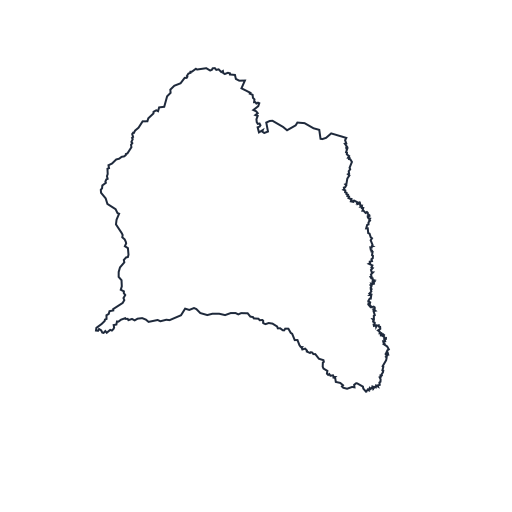 Ariguaní, Magdalena, Colombia, rotated 32°
{"feature_id": "7082276B61521113945652", "entity_name": "Ariguaní", "entity_type": "district", "adm_level": 2, "iso_a3": "COL", "parent_name": "Colombia", "parent_adm1": "Magdalena", "projection": "albers", "projection_center": [-74.033, 9.809], "detail": "fine", "context": "isolated", "style": "outline", "palette": "slate", "viewbox_px": 512, "rotation_deg": 32, "n_neighbors": 0, "source": "geoboundaries", "source_scale": "gbopen_adm2", "svg_char_len": 6106}
<svg xmlns="http://www.w3.org/2000/svg" viewBox="0 0 512 512"><g transform="rotate(32 256 256)"><path d="M270.0,108.0L254.8,112.2L252.8,118.7L250.3,121.7L248.6,122.4L242.8,115.5L237.1,117.2L226.8,117.6L220.4,120.9L220.4,124.2L215.7,132.9L210.6,132.2L198.3,132.6L196.1,134.2L194.0,137.4L200.2,144.1L197.8,147.3L195.3,147.2L195.0,145.7L193.0,149.6L189.2,146.0L190.5,144.3L190.5,142.8L188.8,141.8L187.5,143.0L185.7,142.1L183.9,139.8L183.2,136.3L180.8,136.8L181.8,134.0L179.5,133.2L176.4,133.6L178.5,127.8L177.8,124.7L176.4,124.9L175.5,126.5L174.0,125.9L172.9,126.6L171.7,124.0L169.6,123.5L167.7,121.1L164.8,121.6L164.8,120.6L154.8,121.5L153.6,113.1L148.9,116.2L145.1,116.5L142.2,113.6L137.7,115.9L137.1,114.9L135.1,115.5L133.1,118.2L131.2,118.2L129.9,116.7L129.1,118.4L125.4,117.5L123.7,119.2L121.5,118.5L119.8,119.8L119.9,121.5L118.8,123.0L114.3,123.1L107.2,129.1L105.8,129.1L104.0,133.6L102.8,134.5L103.4,135.3L102.0,137.2L102.0,139.9L102.8,140.3L102.8,141.7L101.1,142.7L100.5,149.5L96.5,154.9L95.2,160.3L97.1,162.9L96.0,167.7L99.1,178.1L95.1,181.3L96.2,185.1L94.2,185.3L92.7,188.0L93.5,189.5L91.7,196.3L92.5,199.3L88.5,201.9L88.4,209.5L87.0,213.7L87.2,216.3L86.5,216.5L86.4,218.2L88.7,220.2L88.3,221.5L89.5,222.2L89.9,225.3L91.3,225.8L91.1,227.9L92.7,229.8L92.6,237.2L91.6,238.5L92.1,239.5L91.4,241.4L89.5,243.1L88.4,246.0L86.3,248.2L84.9,253.9L82.8,257.2L84.8,259.4L83.8,260.7L86.8,265.1L87.3,267.3L89.3,269.2L88.5,270.4L88.8,272.6L89.9,273.5L88.3,277.6L89.6,280.2L89.3,282.1L91.1,284.5L98.0,286.8L102.4,290.6L112.1,290.7L115.8,293.0L117.5,292.7L118.5,299.1L120.5,303.4L130.3,307.9L131.8,308.9L132.7,311.0L135.8,311.5L138.1,313.0L139.2,314.1L139.6,317.2L143.2,317.2L147.2,322.5L147.9,324.8L146.6,326.0L146.0,329.4L147.7,331.2L146.7,337.7L148.0,342.3L150.6,346.5L154.8,347.8L158.3,352.9L159.2,356.3L162.7,356.0L163.5,357.5L165.8,358.4L165.9,361.9L167.7,363.2L167.8,366.5L163.0,376.7L163.8,377.8L161.0,380.4L161.8,383.2L160.6,385.5L162.6,388.6L161.6,390.0L162.1,391.4L161.1,395.5L158.7,401.5L159.8,404.0L161.7,403.1L161.6,401.1L164.1,401.1L166.2,402.4L167.5,402.0L168.0,399.5L170.1,400.2L171.5,395.9L173.3,395.6L173.8,393.5L173.6,391.9L171.9,390.0L173.9,388.1L172.8,385.2L174.1,384.6L175.3,381.5L178.0,378.1L178.6,378.5L180.5,377.3L181.8,378.0L184.2,375.1L187.2,374.9L188.8,371.9L192.4,369.0L196.3,368.3L199.8,368.8L206.5,362.4L209.5,362.0L213.7,357.6L216.7,356.2L223.8,346.0L223.8,338.2L228.0,337.1L231.0,333.0L233.5,332.6L239.0,333.9L246.0,331.9L249.6,328.1L255.3,324.5L261.1,322.5L264.8,317.8L269.0,315.2L271.9,314.9L273.7,312.3L279.3,309.0L283.3,310.4L285.8,309.4L287.2,310.1L291.3,307.9L293.2,308.5L295.3,306.9L296.4,307.1L297.5,309.0L298.8,309.0L300.2,308.7L302.3,306.1L305.8,304.6L311.3,304.6L312.8,305.8L314.8,304.5L318.1,304.8L319.3,304.1L319.3,302.1L322.0,300.5L326.2,302.8L327.9,302.8L333.4,306.8L335.7,305.3L340.1,308.6L342.0,309.4L343.4,308.8L343.3,309.6L344.8,310.7L346.8,308.5L349.3,309.2L349.7,310.1L353.2,309.6L353.5,308.5L354.9,308.1L356.6,308.8L358.3,307.8L363.8,309.8L368.4,308.6L369.6,309.8L369.2,311.0L371.2,314.5L372.9,315.7L377.4,315.6L378.5,318.2L380.2,318.6L380.7,317.3L382.6,318.1L384.5,316.4L385.9,317.4L387.0,316.8L386.6,317.9L387.9,317.6L390.4,320.5L394.7,319.0L398.3,319.5L398.0,321.1L399.8,321.5L403.6,320.3L406.9,316.1L409.1,315.2L407.5,313.2L408.4,310.8L409.4,310.4L415.9,310.1L417.3,311.6L422.0,313.0L421.0,312.0L421.7,310.4L422.7,310.2L422.0,309.6L422.7,309.3L422.4,307.7L423.7,308.1L423.9,306.5L425.3,306.5L424.1,304.9L425.2,304.7L425.8,305.8L426.1,304.1L427.2,303.9L426.5,302.2L428.7,302.1L427.7,301.3L429.2,299.7L427.7,297.9L428.2,296.7L427.0,294.5L425.1,293.3L425.9,292.2L424.9,291.3L425.9,290.5L425.2,289.9L425.3,287.4L424.7,285.8L423.8,286.0L422.7,282.5L421.8,282.4L421.6,275.5L420.7,273.0L419.6,272.7L420.0,271.4L418.6,270.8L420.4,269.6L418.9,268.2L417.8,269.2L417.4,266.3L418.1,264.8L415.2,263.2L411.2,263.1L411.9,261.6L410.7,262.5L409.0,260.9L410.6,259.8L409.0,258.4L410.1,257.5L409.7,256.8L408.5,258.1L407.8,256.8L406.5,256.7L406.5,255.2L405.0,255.0L405.2,256.6L404.0,257.2L402.9,255.2L401.8,256.1L401.0,254.6L398.9,254.5L400.0,251.9L398.8,250.3L397.6,250.8L396.8,249.7L395.3,251.1L395.4,252.4L394.5,251.3L393.1,252.8L392.1,251.8L392.8,251.0L392.0,249.6L390.1,249.6L389.8,248.3L388.5,247.8L389.6,247.3L387.6,244.3L388.1,243.2L384.9,240.5L386.2,239.2L383.8,238.9L384.6,237.8L383.9,236.7L382.6,236.6L381.1,238.1L379.7,237.6L379.8,238.5L377.3,237.7L377.7,237.1L376.7,236.6L377.7,235.8L377.4,234.8L375.1,234.7L375.0,231.9L375.9,231.3L374.5,228.1L373.3,228.8L373.8,227.5L372.1,227.7L372.6,224.9L371.2,223.7L371.5,222.8L370.1,222.4L370.1,220.8L368.6,220.1L369.4,219.2L368.3,218.4L369.1,218.1L368.9,216.7L370.1,217.6L370.7,217.0L369.8,216.1L370.0,215.0L368.7,215.2L369.3,213.9L367.6,214.4L366.8,213.2L365.6,213.8L364.2,213.1L365.0,212.3L363.3,210.8L363.9,207.9L362.8,208.5L360.9,206.9L361.4,204.4L360.0,204.6L359.7,202.3L355.8,202.8L356.5,201.6L355.5,200.5L357.1,198.9L355.6,197.6L356.2,196.0L355.1,193.9L353.9,193.8L352.7,190.7L351.6,191.0L351.4,189.9L350.1,190.0L348.4,188.1L349.6,187.5L349.1,186.4L349.8,185.8L349.0,185.8L348.8,184.7L344.9,181.9L345.0,179.5L343.3,179.3L340.5,176.9L339.0,177.1L336.1,173.3L334.8,174.2L333.8,170.7L334.7,169.6L333.6,167.9L333.9,165.6L333.0,165.5L332.9,163.8L331.3,164.4L330.1,163.7L330.8,162.2L329.8,162.3L330.1,161.3L328.3,161.0L327.8,160.1L326.7,159.9L326.1,161.4L323.2,160.6L322.3,161.2L321.5,158.5L320.3,159.2L319.7,158.1L318.6,158.8L318.8,157.2L317.5,157.7L316.3,156.2L315.1,157.6L314.9,156.3L313.8,157.7L313.5,156.7L309.8,157.0L309.2,158.0L309.7,158.6L307.5,159.4L307.2,158.0L305.7,157.7L307.7,156.8L303.8,157.9L303.4,156.3L301.7,156.7L301.5,155.3L299.9,155.6L299.3,154.4L297.8,154.7L297.0,153.1L295.1,153.4L295.5,152.5L294.3,151.4L295.2,150.3L295.1,148.2L293.8,147.9L294.5,147.0L292.4,141.9L292.5,138.2L290.7,137.9L291.3,136.8L289.7,135.0L289.9,132.5L288.6,131.6L287.5,125.4L284.7,124.0L283.6,124.5L283.2,123.3L282.0,123.9L282.0,121.9L279.2,121.7L278.4,120.2L277.4,120.3L276.5,116.5L275.6,116.9L275.0,116.1L275.5,115.2L271.9,113.7L272.9,112.7L270.2,110.6L270.0,108.0Z" fill="none" stroke="#1e293b" stroke-width="2"/></g></svg>